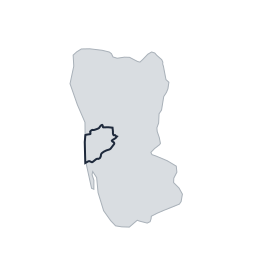 El Salvador, with La Paz highlighted, rotated 57°
{"feature_id": "SLV-1347", "entity_name": "La Paz", "entity_type": "Department", "adm_level": 1, "iso_a3": "SLV", "parent_name": "El Salvador", "parent_adm1": "", "projection": "equal_earth", "projection_center": [-88.936, 13.47], "detail": "fine", "context": "in_parent", "style": "outline", "palette": "slate", "viewbox_px": 256, "rotation_deg": 57, "n_neighbors": 0, "source": "natural_earth", "source_scale": "10m", "svg_char_len": 2397}
<svg xmlns="http://www.w3.org/2000/svg" viewBox="0 0 256 256"><g transform="rotate(57 128 128)"><path d="M93.3,64.1L95.3,64.6L108.1,69.8L111.9,68.8L116.8,73.1L119.1,76.4L121.1,80.9L131.2,90.1L133.0,94.2L140.5,99.6L143.6,103.7L146.8,105.4L153.1,107.0L158.6,109.2L159.2,110.7L159.7,116.9L160.9,122.1L163.4,122.4L166.6,119.9L176.7,113.0L186.3,108.3L191.7,111.1L195.0,116.9L198.6,119.5L206.2,117.9L213.1,118.4L218.6,123.5L219.8,126.4L216.5,143.2L215.3,150.4L214.7,156.5L216.7,158.1L218.6,160.5L218.2,163.7L212.3,169.1L210.4,170.5L211.8,180.9L207.4,187.2L203.3,191.7L196.2,193.0L184.1,193.5L165.9,188.3L152.5,181.3L145.3,181.3L147.6,183.6L153.3,185.1L160.8,190.0L158.7,191.4L131.4,181.1L99.8,161.0L80.9,157.8L59.3,152.5L46.6,139.8L37.0,134.3L36.2,129.5L36.3,124.1L40.7,117.0L48.8,107.3L54.1,102.3L56.7,101.4L60.2,101.9L63.6,99.1L66.6,92.5L69.6,88.2L77.4,83.8L79.2,82.1L78.6,78.4L76.9,71.2L77.1,66.8L79.7,64.7L82.7,64.3L89.0,62.5L91.7,62.9L93.3,64.1Z" fill="#d9dde1" stroke="#a8b0b8" stroke-width="1"/><path d="M134.1,182.9L116.2,171.9L110.7,167.6L110.9,166.6L111.2,166.0L111.8,164.6L111.9,164.4L112.0,164.2L112.3,163.6L112.5,163.1L112.5,162.8L112.2,162.5L111.5,162.1L111.0,161.9L110.7,161.9L110.3,161.5L110.0,159.8L110.2,158.9L110.4,158.8L111.0,157.9L111.4,156.8L112.0,154.3L112.2,153.2L112.2,152.4L112.1,151.9L111.5,150.6L111.3,149.7L111.1,148.8L111.2,148.4L111.3,148.0L111.5,147.9L111.9,147.9L112.1,147.9L113.4,148.4L113.6,148.5L113.8,148.5L114.2,148.1L116.5,144.3L119.3,140.8L122.7,142.5L124.0,143.4L125.5,144.0L125.8,144.0L126.1,143.9L126.4,143.8L126.5,143.6L126.7,143.1L126.8,142.9L127.0,142.7L128.2,142.5L128.6,142.3L129.1,141.9L129.7,143.9L129.7,145.6L129.6,147.4L129.7,148.1L129.9,148.5L130.1,148.5L130.4,148.5L130.6,148.5L132.4,147.7L132.7,147.7L133.1,147.8L133.7,148.1L133.9,148.4L135.8,153.7L135.9,154.0L135.9,154.3L135.9,155.0L135.8,155.6L135.2,157.7L135.1,157.9L135.1,158.2L135.0,158.5L134.7,161.0L134.7,161.4L134.8,163.2L134.9,163.8L135.0,164.2L135.5,165.0L136.0,165.5L136.7,166.0L137.2,166.7L137.7,167.5L137.9,168.0L137.9,168.5L137.9,168.8L137.8,169.4L137.8,169.6L137.6,169.9L137.2,170.3L137.1,170.5L136.9,171.0L136.9,171.3L136.8,171.7L137.2,175.9L137.2,176.5L137.0,176.9L136.8,177.1L136.6,177.2L135.9,177.7L135.4,178.0L135.0,178.2L134.7,178.6L134.6,178.8L134.5,179.0L134.4,179.2L134.3,179.5L134.3,179.8L134.1,182.9L134.1,182.9Z" fill="none" stroke="#1e293b" stroke-width="2"/></g></svg>